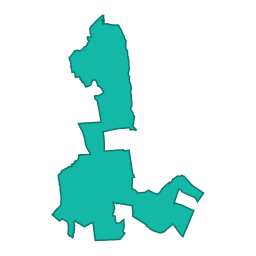 Horia, Tulcea, Romania
{"feature_id": "2599482B17678194817649", "entity_name": "Horia", "entity_type": "district", "adm_level": 2, "iso_a3": "ROU", "parent_name": "Romania", "parent_adm1": "Tulcea", "projection": "albers", "projection_center": [28.443, 45.057], "detail": "fine", "context": "isolated", "style": "filled", "palette": "teal", "viewbox_px": 256, "rotation_deg": 0, "n_neighbors": 0, "source": "geoboundaries", "source_scale": "gbopen_adm2", "svg_char_len": 5711}
<svg xmlns="http://www.w3.org/2000/svg" viewBox="0 0 256 256"><path d="M118.5,25.1L112.3,25.0L110.8,24.6L108.2,24.3L107.6,23.6L106.6,23.9L102.7,23.8L102.4,23.5L102.9,23.0L102.8,22.3L104.2,22.1L104.0,20.5L102.9,20.7L102.9,21.2L102.1,21.1L101.8,19.7L103.9,19.5L103.6,17.7L103.6,15.5L102.3,15.4L102.0,15.9L100.3,17.2L94.8,22.6L94.4,23.2L92.6,24.9L92.7,25.2L92.6,25.3L91.3,26.2L90.8,26.9L90.4,28.1L89.9,28.6L90.2,32.2L90.2,33.0L91.0,34.9L91.1,35.9L91.6,37.0L87.4,37.0L87.5,38.1L87.8,39.0L87.7,39.9L88.7,40.3L88.9,40.6L89.1,41.6L88.7,42.2L87.8,42.7L87.5,43.7L86.3,46.2L83.8,47.4L82.7,49.2L81.9,49.9L80.6,50.6L79.2,50.8L77.3,50.1L76.1,50.8L75.8,50.9L75.1,50.7L74.8,50.9L74.2,51.6L72.6,54.0L71.9,54.6L70.5,56.6L69.1,57.8L69.4,58.8L69.6,60.1L70.4,61.6L71.0,64.3L71.2,65.6L70.6,66.2L71.4,68.7L72.1,72.5L74.6,72.2L75.6,77.4L79.7,76.8L80.4,79.8L81.4,80.1L81.7,81.1L82.4,82.5L83.7,82.4L84.2,84.0L84.7,84.5L85.6,86.9L88.0,86.5L88.4,86.1L90.5,85.3L91.2,83.9L91.4,82.9L92.1,81.6L92.5,80.6L94.2,79.9L94.8,79.9L95.5,80.1L96.5,81.7L97.0,82.8L97.3,84.4L97.8,86.0L98.2,86.2L99.1,86.2L101.1,88.1L101.5,88.6L103.1,91.5L103.7,93.1L101.8,93.8L101.2,94.3L98.1,95.9L96.3,95.7L94.8,95.9L94.6,96.3L94.9,98.0L95.3,99.2L96.3,100.0L97.3,100.5L97.6,102.8L98.6,107.1L99.7,113.6L101.3,122.1L78.4,123.6L81.0,128.8L82.7,131.8L83.0,132.7L83.6,135.3L84.5,137.5L85.3,142.2L85.5,144.1L85.9,145.7L86.9,147.4L87.8,149.5L90.7,154.4L79.0,154.9L78.7,157.5L78.1,159.6L77.0,160.4L74.4,161.5L75.3,163.1L74.1,164.2L73.8,164.2L73.4,163.6L71.4,164.9L72.2,166.2L72.0,166.5L71.5,166.5L70.3,166.9L69.9,166.5L69.5,166.4L68.9,166.7L66.5,168.3L63.3,169.9L61.8,170.9L60.9,172.7L60.5,173.3L59.0,174.5L58.8,174.7L58.5,175.3L58.3,175.4L58.3,176.2L59.3,182.4L59.6,185.4L60.5,186.9L60.2,188.0L60.2,188.7L60.1,189.4L60.4,191.2L60.5,193.0L60.9,195.2L61.0,196.2L61.2,197.3L61.5,198.2L61.4,198.2L61.1,198.9L61.2,199.3L60.9,201.2L61.0,201.5L60.8,201.9L60.8,202.3L61.2,202.8L61.2,203.4L61.1,204.0L60.6,205.5L59.9,206.5L58.6,207.5L54.6,211.5L54.2,212.2L54.2,212.8L52.9,213.8L53.4,214.3L52.4,214.7L53.2,215.5L54.8,216.8L59.4,221.0L62.6,218.9L67.1,221.7L68.0,223.2L68.3,224.1L68.2,226.3L68.4,226.6L68.5,227.2L68.2,230.7L68.3,231.6L68.1,232.7L68.2,233.0L67.9,233.8L68.0,234.1L69.1,235.0L69.3,235.7L69.8,236.2L70.0,236.3L71.6,236.6L72.7,237.7L73.0,237.4L73.4,236.3L73.1,234.5L72.7,233.5L72.9,233.2L73.2,233.0L73.9,232.9L74.1,232.6L74.2,232.2L74.0,230.9L74.2,229.8L74.5,228.9L74.1,227.7L74.1,227.3L74.7,225.3L74.6,225.1L74.0,224.5L73.9,223.5L74.2,222.1L74.8,221.5L75.4,220.4L75.5,220.5L75.7,221.3L77.3,222.3L78.5,223.2L79.9,223.8L80.6,224.5L81.2,224.6L82.8,225.9L84.5,226.7L84.6,226.4L85.3,226.3L88.8,224.5L90.3,223.4L91.2,223.2L92.9,222.2L93.1,222.4L93.5,226.2L93.6,226.9L93.8,227.3L93.7,228.1L93.8,230.2L94.2,231.5L94.5,235.3L94.7,236.7L95.0,237.1L95.2,240.3L95.4,240.6L98.9,240.2L105.0,240.1L111.8,239.7L113.4,239.9L114.1,239.7L119.9,239.3L120.6,238.9L120.4,238.5L120.4,238.3L121.8,237.3L124.9,233.2L122.8,231.6L123.0,230.4L123.7,229.0L123.8,227.7L124.1,226.8L124.1,224.9L123.9,224.0L123.9,219.7L122.5,220.5L120.1,222.7L119.7,222.9L117.1,223.3L115.9,222.8L114.9,216.0L114.6,215.8L112.7,215.8L112.5,214.8L112.6,214.0L113.3,213.3L113.4,212.9L113.5,212.2L113.9,211.6L114.0,211.2L113.7,210.5L113.8,209.8L114.4,209.3L114.4,208.8L114.6,208.3L114.6,207.9L114.3,207.2L114.2,205.8L112.9,202.3L113.1,202.2L116.7,203.8L117.1,203.4L117.5,203.3L122.8,204.0L128.3,205.0L129.2,204.9L129.7,205.2L132.3,205.6L132.7,211.0L133.5,211.4L132.7,214.0L132.7,216.2L135.3,217.8L136.7,218.9L137.1,218.9L145.2,224.0L147.0,225.3L146.5,226.0L151.6,229.8L152.9,230.6L159.7,232.8L160.4,232.9L161.7,232.6L161.9,232.3L162.4,232.1L162.7,231.5L163.7,232.1L168.0,228.2L173.1,224.0L173.4,224.3L174.7,226.2L180.6,234.3L181.5,235.4L182.9,236.7L184.7,232.2L185.3,231.0L190.4,218.9L190.9,217.4L192.2,214.5L193.8,210.5L190.1,209.1L180.9,204.9L175.6,203.2L174.7,203.7L174.0,203.8L174.1,203.1L178.8,188.9L180.8,190.0L182.3,192.0L195.0,197.6L195.5,198.2L197.5,201.8L203.6,193.1L192.5,185.7L183.8,176.1L182.7,176.1L182.4,175.6L181.5,175.4L181.0,175.7L180.6,176.2L180.2,176.4L179.3,176.3L177.9,176.0L177.4,176.1L176.0,177.3L173.4,178.9L172.9,179.0L172.3,180.1L171.9,181.6L171.7,181.9L169.3,183.5L169.4,182.3L168.0,183.4L162.2,188.7L161.8,189.5L159.7,192.5L158.1,194.0L157.7,194.2L157.4,194.3L156.1,194.0L153.2,192.8L148.6,190.3L144.3,192.6L142.4,192.5L138.4,193.1L137.4,193.0L137.5,192.4L134.6,189.8L134.1,190.0L133.1,189.6L133.0,189.0L131.9,188.6L132.4,177.8L134.3,177.2L134.1,176.9L133.5,174.5L132.8,174.6L129.0,150.2L123.9,151.0L123.6,151.0L123.4,149.8L123.1,149.9L121.9,150.0L115.8,150.2L112.2,150.7L104.2,151.1L104.3,148.7L104.2,141.4L103.5,134.1L103.3,132.6L103.0,131.7L105.3,131.4L109.8,130.2L119.5,128.4L122.0,128.4L126.4,128.0L128.8,127.5L129.3,127.7L129.8,128.4L130.3,129.9L132.5,129.6L135.8,130.3L136.0,130.3L136.1,130.0L136.0,129.4L135.3,128.6L134.2,127.7L133.7,127.0L132.8,126.4L132.5,126.0L133.0,125.0L133.4,123.6L133.7,122.8L133.8,119.8L134.2,118.7L134.5,116.4L133.5,115.4L133.0,114.6L132.8,112.6L132.6,112.2L131.4,110.8L130.9,108.9L130.4,107.9L130.4,107.7L131.7,106.5L131.9,105.2L131.7,103.9L131.8,102.6L131.6,100.4L131.2,98.4L131.1,97.0L131.4,95.8L130.9,94.7L130.7,92.8L130.8,90.2L131.2,89.0L131.1,86.3L130.7,85.4L130.7,84.2L130.3,82.8L129.5,81.9L129.2,81.1L129.2,80.3L129.3,79.1L129.2,78.7L129.5,77.7L129.6,76.8L129.0,75.8L128.4,75.1L128.3,74.8L128.3,72.1L128.4,71.5L129.0,70.9L129.3,68.6L129.2,68.2L129.1,67.2L128.7,63.4L128.8,62.2L128.8,61.1L127.7,55.0L127.4,51.9L127.5,51.2L126.7,49.6L126.1,49.0L125.8,48.4L125.8,46.6L125.6,45.2L126.1,40.9L125.5,39.7L124.5,38.9L124.3,37.9L124.4,37.0L124.3,36.5L123.4,35.0L122.8,34.5L121.2,30.0L119.6,27.4L118.5,25.1Z" fill="#14b8a6" stroke="#0f766e" stroke-width="1.5"/></svg>